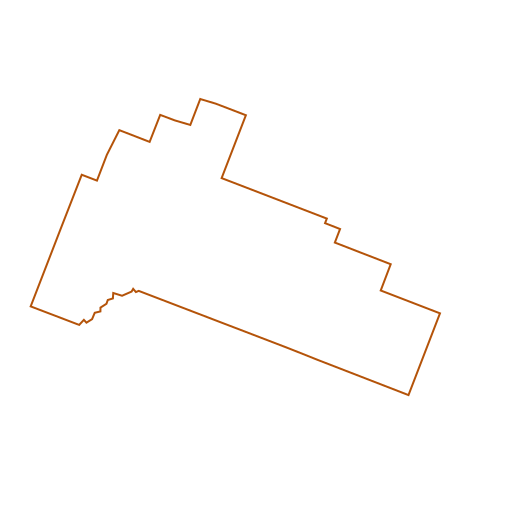 Bingham, Idaho, United States of America (Robinson projection), rotated 21°
{"feature_id": "52423323B26236891190043", "entity_name": "Bingham", "entity_type": "district", "adm_level": 2, "iso_a3": "USA", "parent_name": "United States of America", "parent_adm1": "Idaho", "projection": "robinson", "projection_center": [-112.557, 43.245], "detail": "fine", "context": "isolated", "style": "outline", "palette": "amber", "viewbox_px": 512, "rotation_deg": 21, "n_neighbors": 0, "source": "geoboundaries", "source_scale": "gbopen_adm2", "svg_char_len": 674}
<svg xmlns="http://www.w3.org/2000/svg" viewBox="0 0 512 512"><g transform="rotate(21 256 256)"><path d="M63.9,300.8L63.7,383.8L115.6,383.7L118.2,377.3L121.6,379.0L125.6,373.7L125.8,366.8L130.6,363.5L129.3,359.9L133.5,354.2L133.4,350.2L137.6,346.9L136.0,341.7L145.2,341.1L152.6,333.8L153.1,330.7L156.8,332.7L159.0,330.6L319.9,330.5L351.3,330.9L448.2,331.2L448.3,243.6L384.8,243.5L384.7,215.4L351.4,215.3L324.8,215.2L324.8,200.7L308.7,200.6L308.7,195.7L196.0,195.6L196.1,128.2L163.8,128.2L148.2,129.4L147.7,129.4L147.7,157.2L131.6,158.5L116.0,158.6L115.8,187.6L83.3,187.5L80.5,215.0L80.5,242.6L64.2,242.6L63.9,300.8Z" fill="none" stroke="#b45309" stroke-width="2"/></g></svg>